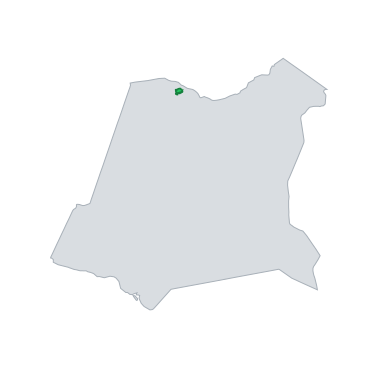 Bumula, Western, Kenya (highlighted), rotated 80°
{"feature_id": "3690345B11418167735466", "entity_name": "Bumula", "entity_type": "district", "adm_level": 2, "iso_a3": "KEN", "parent_name": "Kenya", "parent_adm1": "Western", "projection": "albers", "projection_center": [34.469, 0.568], "detail": "fine", "context": "in_parent", "style": "filled", "palette": "green", "viewbox_px": 384, "rotation_deg": 80, "n_neighbors": 0, "source": "geoboundaries", "source_scale": "gbopen_adm2", "svg_char_len": 4217}
<svg xmlns="http://www.w3.org/2000/svg" viewBox="0 0 384 384"><g transform="rotate(80 192 192)"><path d="M74.0,234.0L73.9,229.0L74.6,216.1L74.5,204.8L75.2,199.1L78.0,195.6L79.3,193.0L80.2,189.3L81.7,186.3L85.0,183.9L85.6,182.6L89.1,178.6L91.2,173.4L92.8,171.6L94.7,170.0L96.1,169.1L98.4,168.3L100.2,167.8L100.6,167.4L100.7,166.5L100.1,163.3L100.9,162.3L102.1,160.1L103.5,158.1L104.8,156.8L105.5,155.5L105.8,153.3L105.9,151.7L105.9,149.0L105.5,143.1L104.0,138.1L103.1,132.5L103.7,130.7L102.6,127.4L102.0,127.3L101.0,126.5L99.8,123.5L98.9,120.7L98.3,119.9L94.3,117.5L92.4,111.7L90.2,110.4L89.0,104.6L88.7,103.0L90.0,97.2L89.9,95.9L88.5,94.7L84.8,93.5L81.8,91.1L82.2,90.3L82.4,89.4L80.8,88.8L76.2,79.0L82.2,73.1L88.2,67.1L95.8,59.6L102.9,52.6L109.0,46.6L114.4,41.3L114.3,42.3L114.3,43.6L115.0,44.5L116.1,45.0L117.6,44.4L119.0,43.6L120.3,43.4L128.5,45.6L129.9,47.6L129.8,49.7L130.1,51.2L129.5,52.7L128.8,57.3L129.0,61.6L131.5,64.7L133.7,67.1L135.4,70.6L136.7,71.6L138.5,72.2L144.1,72.3L152.4,72.5L160.4,72.7L161.1,72.8L162.8,73.3L170.2,77.9L177.0,82.2L182.7,85.9L188.2,89.4L193.6,92.9L197.8,95.8L201.9,96.7L208.6,97.1L213.3,97.2L217.5,98.4L223.9,99.5L228.7,100.1L231.5,100.7L239.5,101.4L240.8,101.0L244.3,97.7L248.2,92.5L249.7,89.6L254.8,86.7L263.7,82.7L270.0,79.8L277.0,76.9L280.2,79.4L284.6,83.3L286.5,85.2L288.1,86.1L290.5,86.6L293.4,86.6L295.0,86.5L298.2,86.0L305.8,85.5L310.1,85.5L306.5,90.8L302.2,97.1L294.2,108.7L288.1,114.8L283.5,119.4L283.1,120.2L283.2,125.3L283.3,137.8L283.5,162.9L283.8,187.9L284.0,212.9L284.1,225.4L284.2,229.6L288.3,234.8L292.3,239.9L297.6,246.6L300.4,250.3L300.9,251.5L300.8,253.9L296.5,259.0L292.9,261.3L288.1,262.5L286.7,262.3L284.8,261.5L284.1,262.8L283.6,264.7L282.5,264.3L281.7,263.7L282.2,267.1L282.7,268.7L282.0,271.0L279.7,273.0L279.5,274.6L274.5,279.0L267.4,279.5L263.6,281.7L262.0,283.5L260.7,287.4L261.2,293.3L259.2,297.8L258.9,300.1L255.2,303.1L253.6,305.8L252.4,308.6L251.3,309.8L250.1,316.0L248.4,319.7L248.0,321.0L247.5,322.1L246.2,324.3L245.4,325.8L244.7,326.8L240.4,336.4L237.1,340.8L234.4,340.3L232.6,341.9L232.4,342.7L231.5,342.3L229.3,340.7L224.7,337.5L220.1,334.3L215.5,331.0L210.9,327.8L206.3,324.5L201.7,321.3L197.2,318.0L192.6,314.8L189.9,312.9L188.7,311.8L187.8,309.5L187.3,309.0L186.1,308.2L184.7,308.1L184.2,307.7L184.3,306.6L184.8,305.0L186.4,302.0L186.6,300.3L186.3,298.3L185.7,295.1L185.3,294.3L182.2,292.7L175.9,289.2L169.5,285.7L163.2,282.2L156.8,278.7L150.5,275.1L144.1,271.6L137.8,268.1L131.5,264.6L125.1,261.1L118.8,257.6L112.4,254.1L106.1,250.5L99.8,247.0L93.4,243.5L87.1,240.0L80.8,236.5L78.4,235.1L76.2,234.0L74.0,234.0ZM284.8,267.7L283.7,268.0L284.3,266.3L287.5,264.1L288.9,264.5L289.1,265.0L289.1,265.5L288.5,265.9L284.8,267.7Z" fill="#d9dde1" stroke="#a8b0b8" stroke-width="1"/><path d="M91.8,184.0L91.7,184.0L91.6,183.9L91.4,183.8L91.2,183.8L91.0,184.0L90.9,184.0L90.7,184.2L90.4,184.1L90.2,183.9L90.2,184.0L89.9,184.1L89.7,184.1L89.5,184.3L89.4,184.3L89.4,184.5L89.2,184.7L89.2,184.8L88.9,184.9L88.7,185.0L88.4,185.1L88.2,185.2L88.3,185.5L88.2,185.5L88.1,185.8L88.1,186.1L88.0,186.3L87.9,186.3L87.9,186.6L87.9,186.8L88.0,187.0L87.9,187.4L87.9,187.5L88.0,187.9L88.1,188.0L88.3,188.3L88.5,188.3L88.8,189.0L89.0,189.2L89.0,189.3L88.9,189.4L88.8,189.5L88.7,189.5L88.4,189.5L88.3,189.9L88.4,190.2L88.4,190.3L88.5,190.4L88.8,190.3L88.9,190.2L89.0,190.2L89.3,190.2L89.4,190.3L89.5,190.3L89.6,190.5L89.8,190.5L90.0,190.5L90.1,190.4L90.3,190.4L90.5,190.4L90.7,190.2L90.8,190.2L91.0,190.0L91.1,189.9L91.3,190.0L91.5,190.3L91.6,190.5L91.8,190.7L92.0,190.7L92.0,190.8L92.3,191.0L92.5,191.0L92.8,190.9L92.8,190.7L93.0,190.5L93.0,190.4L93.2,190.2L93.3,190.2L93.5,190.0L93.5,189.9L93.6,189.7L93.6,189.4L93.3,189.4L93.1,189.3L92.9,189.2L92.7,189.2L92.4,189.1L92.2,189.0L92.0,188.9L92.1,188.7L92.0,188.4L91.9,188.3L91.9,188.2L92.0,188.1L92.2,187.9L92.3,187.8L92.5,187.8L92.8,187.7L92.8,187.4L92.7,187.5L92.5,187.4L92.4,187.4L92.2,187.4L91.9,187.4L91.9,187.2L92.0,187.1L91.9,186.9L91.9,186.7L91.7,186.6L91.7,186.4L91.7,186.2L91.8,186.1L91.7,186.1L91.7,185.9L91.8,185.7L92.0,185.4L92.1,185.2L91.9,185.0L91.9,184.9L91.9,184.7L91.7,184.7L91.8,184.5L91.9,184.4L92.0,184.3L92.0,184.2L91.9,184.1L91.8,184.0Z" fill="#22c55e" stroke="#15803d" stroke-width="1.5"/></g></svg>